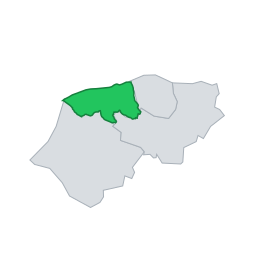 Liberia highlighted among its neighbors, rotated 128°
{"feature_id": "LBR", "entity_name": "Liberia", "entity_type": "country or territory", "adm_level": 0, "iso_a3": "LBR", "parent_name": "Africa", "parent_adm1": "", "projection": "natural_earth1", "projection_center": [-9.107, 6.445], "detail": "fine", "context": "with_neighbors", "style": "filled", "palette": "green", "viewbox_px": 256, "rotation_deg": 128, "n_neighbors": 3, "source": "natural_earth", "source_scale": "50m", "svg_char_len": 2931}
<svg xmlns="http://www.w3.org/2000/svg" viewBox="0 0 256 256"><g transform="rotate(128 128 128)"><path d="M136.7,100.5L156.3,100.3L158.9,95.5L165.5,93.9L167.7,101.0L176.9,96.5L192.3,109.1L197.3,104.9L203.9,104.3L213.7,108.6L217.6,132.2L211.6,146.1L208.0,164.8L214.2,179.1L213.6,185.6L187.9,182.7L171.0,185.6L144.1,196.1L146.1,173.8L131.4,161.2L134.5,153.8L133.0,145.8L133.7,141.0L136.0,141.0L135.7,130.6L142.4,126.3L135.5,106.1L136.7,100.5Z" fill="#d9dde1" stroke="#a8b0b8" stroke-width="1"/><path d="M58.9,59.7L75.9,63.9L89.9,62.1L90.8,68.2L96.7,65.9L109.1,72.0L121.0,63.9L123.9,64.3L134.6,79.5L131.1,89.2L134.1,87.6L135.9,89.5L135.2,94.4L139.5,99.2L136.7,100.5L135.5,106.1L142.4,126.3L135.7,130.6L136.0,141.0L129.7,140.6L126.8,147.3L122.7,147.2L119.9,143.6L120.9,137.0L114.9,126.8L104.2,130.0L102.6,114.8L95.5,101.9L84.1,101.9L76.9,105.4L72.8,113.5L65.1,120.8L53.4,104.5L46.2,99.1L42.5,88.1L38.4,85.4L44.8,77.3L49.1,77.6L58.2,72.6L57.0,67.1L58.9,59.7Z" fill="#d9dde1" stroke="#a8b0b8" stroke-width="1"/><path d="M65.1,120.8L72.8,113.5L76.9,105.4L84.1,101.9L95.5,101.9L102.6,114.8L104.2,130.0L108.1,129.1L95.0,145.8L90.8,155.9L76.7,148.0L69.3,139.1L65.1,120.8Z" fill="#d9dde1" stroke="#a8b0b8" stroke-width="1"/><path d="M89.9,153.9L90.6,153.2L91.7,150.8L93.3,148.5L94.8,147.2L95.9,145.8L97.1,144.7L98.9,143.5L101.5,140.2L102.2,139.8L102.6,137.5L103.3,134.6L104.0,133.7L105.9,133.2L106.3,132.7L106.9,130.7L107.3,128.3L107.4,127.8L108.1,127.7L109.3,127.2L110.0,127.4L110.3,128.1L110.5,128.7L114.2,127.2L114.5,126.9L115.2,128.3L115.5,128.2L115.7,127.8L115.9,127.8L116.2,128.0L116.5,128.6L117.0,129.1L117.8,129.5L118.3,130.1L118.2,131.5L118.4,132.9L118.8,133.2L119.0,134.0L119.1,134.9L119.3,135.4L119.4,136.3L119.3,137.3L119.5,138.0L120.1,139.2L120.4,140.7L120.4,141.8L120.2,142.9L119.8,143.9L119.1,145.0L119.1,145.5L119.5,145.8L120.1,145.8L120.6,145.6L121.9,146.1L122.6,146.9L123.2,147.8L123.8,148.2L124.0,148.8L124.9,148.6L126.0,148.1L126.3,147.8L126.6,148.0L127.3,148.0L127.8,147.0L128.2,145.9L129.0,144.6L129.4,144.2L129.5,143.4L129.6,142.3L129.9,141.5L130.6,141.0L131.3,141.0L131.7,141.2L131.9,142.0L132.5,142.7L133.0,143.1L133.3,143.3L133.7,143.8L134.1,145.6L135.7,151.2L135.7,152.7L135.3,153.7L135.3,154.7L135.2,155.7L134.3,157.3L131.4,160.5L131.6,160.8L132.3,161.2L133.0,161.4L133.6,161.3L134.3,162.1L135.1,163.1L135.9,163.7L137.1,164.1L138.1,164.2L139.0,164.0L140.3,164.2L141.6,165.1L142.1,166.5L142.4,167.7L142.8,168.3L142.9,169.4L143.9,170.3L145.2,170.5L146.9,171.6L147.4,171.5L147.6,171.4L147.8,171.6L148.2,174.7L148.6,176.4L148.4,177.1L148.2,177.6L148.2,180.2L147.4,181.6L147.2,183.2L147.0,183.7L146.2,184.2L146.2,185.4L145.9,186.9L145.9,188.5L146.1,192.6L146.1,195.7L146.5,196.3L144.9,196.0L140.0,193.7L136.3,192.3L123.8,184.6L120.3,181.5L116.3,176.9L107.5,167.7L105.4,166.2L102.9,165.5L101.3,164.7L100.2,163.8L99.3,161.2L97.1,159.7L93.0,157.6L89.9,153.9Z" fill="#22c55e" stroke="#15803d" stroke-width="1.5"/></g></svg>